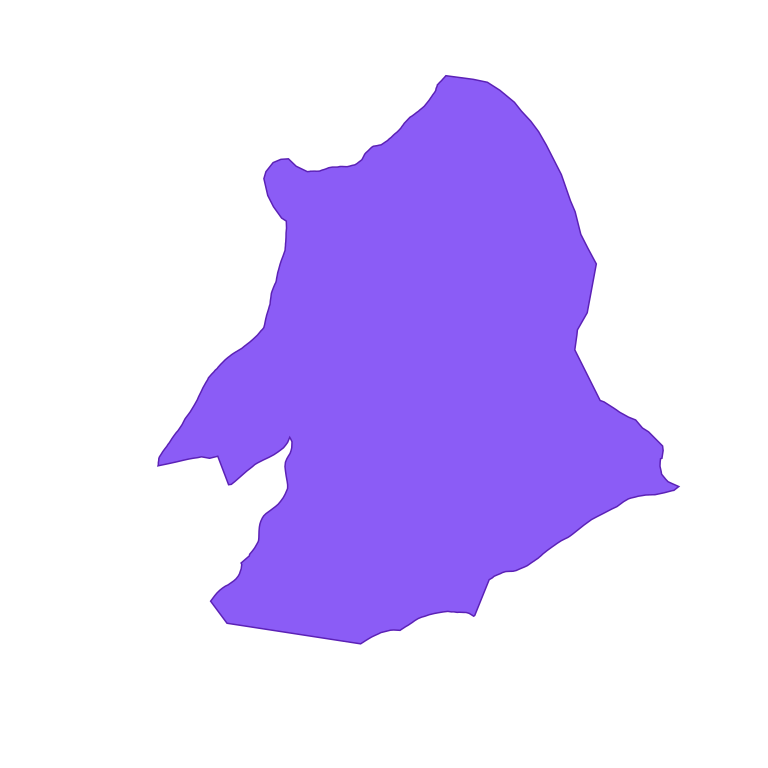 outline of Monchy/Vieux Sucreic, Gros Islet, Saint Lucia, rotated 243°
{"feature_id": "8701671B82156592609383", "entity_name": "Monchy/Vieux Sucreic", "entity_type": "district", "adm_level": 2, "iso_a3": "LCA", "parent_name": "Saint Lucia", "parent_adm1": "Gros Islet", "projection": "natural_earth1", "projection_center": [-60.949, 14.051], "detail": "fine", "context": "isolated", "style": "filled", "palette": "violet", "viewbox_px": 768, "rotation_deg": 243, "n_neighbors": 0, "source": "geoboundaries", "source_scale": "gbopen_adm2", "svg_char_len": 4803}
<svg xmlns="http://www.w3.org/2000/svg" viewBox="0 0 768 768"><g transform="rotate(243 384 384)"><path d="M242.1,135.5L163.1,245.2L163.7,251.2L164.0,254.9L164.2,258.2L164.1,261.9L163.9,265.9L163.9,268.5L163.4,270.6L162.6,274.1L161.7,278.0L160.4,281.0L157.2,286.5L157.4,287.8L157.8,291.5L158.0,293.4L158.1,295.8L158.7,301.0L159.2,304.0L159.5,308.0L159.2,311.6L158.5,315.1L157.9,319.6L156.7,324.6L155.7,328.0L154.0,333.4L152.4,337.7L150.4,340.5L149.2,342.9L147.3,345.5L146.5,347.4L144.4,351.1L143.1,353.5L141.3,355.4L140.9,355.8L136.4,358.5L136.6,359.8L161.9,388.9L162.1,392.5L162.7,394.8L162.5,398.4L162.2,401.7L162.2,404.0L161.6,407.4L159.8,411.4L158.6,413.9L157.8,417.1L157.6,421.0L157.4,423.7L157.2,426.0L157.1,429.2L157.8,434.1L158.9,442.7L159.2,443.6L159.6,445.5L160.5,448.6L161.6,454.0L162.5,459.7L163.4,465.9L163.9,470.8L163.9,475.0L163.8,478.1L164.1,480.9L164.7,484.3L167.5,498.0L169.0,507.4L169.1,513.1L169.1,520.7L169.2,530.4L169.0,535.9L170.4,544.2L170.7,549.6L170.3,552.2L169.2,556.6L168.6,559.6L167.2,563.8L166.3,566.7L163.7,572.4L162.3,575.3L159.8,584.6L158.1,592.5L157.6,594.0L158.8,600.1L164.6,595.4L168.0,592.7L171.5,591.7L177.6,590.4L180.5,591.3L185.5,592.6L189.2,594.7L191.9,596.5L191.6,597.9L198.0,602.5L202.3,604.1L221.3,598.0L227.5,594.3L237.7,591.9L243.5,586.8L245.6,585.4L251.8,581.2L255.3,579.4L258.7,577.5L261.4,575.9L268.2,571.9L271.2,569.1L327.8,569.5L340.2,578.2L344.4,580.9L355.2,597.4L394.6,627.7L398.4,627.6L412.6,627.3L428.0,627.3L450.7,632.5L462.5,633.3L490.1,637.1L506.7,637.1L523.3,637.1L538.7,636.3L551.5,634.1L564.9,630.3L575.8,628.1L593.1,620.6L605.9,613.1L614.9,601.9L630.6,579.1L630.3,578.4L629.2,575.5L628.7,574.1L628.3,573.3L627.3,570.0L626.8,569.0L626.6,568.2L626.3,567.3L625.2,566.5L623.8,564.7L622.1,563.4L620.9,561.6L619.5,558.7L618.4,556.8L617.8,555.6L617.3,554.7L616.4,553.1L614.9,549.8L614.2,548.2L613.2,546.0L612.6,543.6L611.9,540.2L611.4,538.5L611.1,536.2L610.6,533.8L610.1,530.9L609.9,528.3L609.1,526.0L608.3,523.8L607.1,520.4L606.3,519.0L605.3,516.9L604.3,515.1L603.1,511.8L602.5,509.9L602.0,507.4L601.5,505.5L600.4,502.1L600.1,500.2L599.3,497.6L599.1,495.7L598.7,492.5L598.4,490.1L599.1,487.7L599.5,486.0L600.7,482.4L600.5,480.4L599.9,478.4L599.1,476.0L598.2,472.7L597.5,471.1L596.0,469.1L594.7,467.3L593.9,466.1L593.6,464.8L593.1,461.9L592.7,460.2L592.5,457.5L593.3,454.6L593.7,452.4L594.3,450.0L594.9,448.8L596.9,445.3L597.8,443.5L598.3,441.3L600.7,436.5L601.4,434.3L601.8,432.8L602.0,430.2L602.3,428.0L602.7,426.1L603.0,423.1L604.1,420.7L605.4,418.4L606.3,416.4L607.0,415.1L607.1,414.4L608.0,412.1L617.9,404.6L628.0,401.1L631.0,394.1L631.6,385.7L626.8,375.2L621.5,370.2L604.7,366.0L592.1,366.0L578.3,368.1L573.5,370.9L567.1,367.9L563.0,365.3L559.4,363.4L555.4,361.1L553.8,360.0L551.8,358.9L550.3,357.9L548.1,356.6L544.0,352.3L540.4,348.3L537.8,345.7L533.6,341.9L531.5,339.9L529.0,338.0L526.9,336.3L524.9,334.9L523.5,333.6L522.5,332.1L521.2,330.6L520.3,329.5L517.4,326.3L515.9,324.8L514.0,323.5L512.9,322.8L510.0,320.7L508.6,319.8L506.8,318.7L505.5,317.3L503.0,315.0L498.4,310.5L497.5,309.8L495.7,308.2L491.0,304.5L488.8,302.5L487.9,300.6L487.2,298.4L486.3,296.4L485.0,293.4L483.2,287.1L482.3,283.5L481.1,277.0L480.3,273.5L479.9,267.1L479.6,263.7L479.3,261.3L478.8,258.9L478.5,257.1L477.7,253.6L475.7,247.5L474.4,244.1L473.5,242.3L472.9,239.8L472.1,238.1L471.0,234.8L470.3,233.1L469.2,230.4L467.9,228.8L466.2,226.0L462.8,220.9L460.6,218.1L456.8,213.0L454.7,210.5L451.3,205.4L449.5,202.5L447.2,198.8L445.7,195.8L443.4,191.1L441.7,188.7L439.5,185.7L438.7,184.3L437.0,181.2L435.9,179.2L435.0,176.8L434.1,175.0L433.0,172.8L431.6,170.2L430.4,168.2L429.1,166.0L428.3,164.2L427.1,162.2L426.4,160.7L425.8,159.4L424.8,157.4L423.9,155.7L422.9,154.1L422.2,152.9L421.0,150.8L419.9,149.6L418.1,148.5L416.5,147.3L414.6,146.3L413.7,145.5L410.8,156.1L408.9,163.4L407.1,170.8L405.9,175.5L404.4,180.5L402.9,184.8L402.0,188.3L397.0,194.9L395.1,203.1L364.8,199.8L363.9,202.4L364.8,206.8L368.0,219.3L368.8,222.5L370.1,229.3L370.9,232.4L371.1,235.6L371.1,242.3L370.9,248.4L371.0,253.8L371.6,258.9L372.2,262.4L372.8,265.5L374.3,268.9L375.7,271.6L379.3,275.8L377.4,275.9L374.3,275.8L371.6,274.3L369.0,272.8L366.8,270.9L364.8,268.8L363.2,266.1L361.5,263.5L359.1,260.7L355.4,258.3L351.2,256.7L346.8,255.2L340.9,253.4L338.0,252.4L336.0,251.4L334.6,250.6L330.7,245.9L328.5,242.7L326.5,238.8L324.9,235.1L324.1,231.8L322.9,225.1L322.1,220.0L321.1,216.9L319.8,214.7L317.7,212.0L315.6,209.9L313.1,208.0L309.7,205.9L306.6,204.2L304.0,202.8L301.5,201.2L300.3,199.9L296.7,194.4L295.0,191.0L293.3,187.0L292.0,186.0L289.4,175.4L287.7,175.3L286.0,174.1L284.2,172.9L282.4,171.0L280.5,169.1L279.0,166.9L277.6,163.8L276.8,160.8L275.8,153.7L275.9,150.9L275.5,147.6L274.8,144.1L273.7,140.5L272.3,137.2L269.2,130.9L242.1,135.5Z" fill="#8b5cf6" stroke="#5b21b6" stroke-width="1.5"/></g></svg>